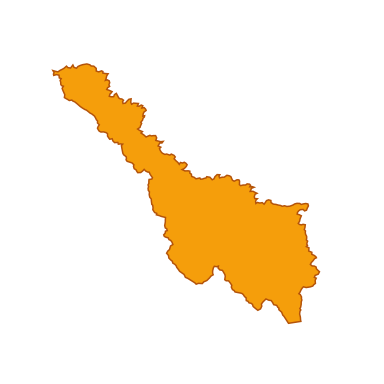 Bocaiúva do Sul, Paraná, Brazil (Equal Earth projection), rotated 258°
{"feature_id": "56859067B26330855043350", "entity_name": "Bocaiúva do Sul", "entity_type": "district", "adm_level": 2, "iso_a3": "BRA", "parent_name": "Brazil", "parent_adm1": "Paraná", "projection": "equal_earth", "projection_center": [-48.883, -25.099], "detail": "fine", "context": "isolated", "style": "filled", "palette": "amber", "viewbox_px": 384, "rotation_deg": 258, "n_neighbors": 0, "source": "geoboundaries", "source_scale": "gbopen_adm2", "svg_char_len": 5807}
<svg xmlns="http://www.w3.org/2000/svg" viewBox="0 0 384 384"><g transform="rotate(258 192 192)"><path d="M339.7,81.2L337.4,81.9L336.2,81.0L334.8,81.0L335.0,83.8L333.9,86.2L331.2,85.9L330.1,87.6L328.6,86.2L326.4,86.4L324.8,86.0L323.2,86.5L322.2,88.2L320.4,86.5L317.9,86.9L313.6,87.8L310.9,86.8L309.5,88.3L308.2,89.8L307.0,91.0L306.9,93.6L305.7,94.4L304.6,96.0L302.3,97.9L300.3,99.4L298.8,100.5L296.9,102.3L295.0,104.3L294.0,105.8L292.2,107.3L290.4,108.7L289.1,110.3L286.5,112.4L284.3,113.1L282.5,113.5L281.2,114.4L279.2,113.9L277.0,115.3L275.7,113.9L274.1,112.8L272.5,113.2L270.8,113.9L269.6,115.4L269.2,118.0L267.9,120.4L266.6,121.5L264.3,121.0L262.2,121.8L260.7,122.5L260.7,125.0L258.5,125.2L256.4,126.5L255.9,129.8L254.1,129.9L253.9,132.1L253.2,134.1L252.1,132.6L249.3,132.5L244.3,132.4L242.6,132.9L241.2,134.1L240.1,135.0L238.4,134.8L237.2,134.2L235.5,134.9L234.3,137.0L232.9,139.4L230.7,140.8L229.3,140.1L226.8,140.3L225.3,141.9L224.0,142.2L222.2,142.9L221.7,145.9L222.8,148.1L224.1,149.9L222.2,151.0L220.8,152.7L220.2,154.3L218.0,154.7L216.1,155.5L214.2,156.3L213.0,155.4L213.2,152.6L211.8,152.1L209.5,151.6L208.1,150.5L206.2,150.6L204.7,149.8L202.6,149.6L201.1,150.4L198.3,149.6L195.7,149.6L193.6,150.7L191.8,150.4L188.3,150.1L187.2,150.8L184.7,150.6L182.8,150.0L179.7,151.2L178.4,153.1L177.1,152.4L175.6,155.3L174.6,156.7L172.6,160.8L170.2,160.1L168.3,159.7L164.8,158.3L162.4,158.4L161.4,159.6L159.4,159.8L159.2,157.9L157.3,157.2L156.0,155.4L154.3,155.7L153.1,157.2L152.2,159.1L150.2,159.6L149.1,161.1L147.1,162.0L144.6,162.4L143.7,159.8L140.4,158.0L139.3,156.1L137.4,154.4L134.8,155.8L132.3,155.6L130.0,157.0L128.3,158.4L126.5,158.4L124.9,160.1L123.4,161.1L121.5,161.4L119.2,162.5L117.0,163.4L114.5,165.7L113.0,167.1L109.9,167.8L108.4,169.9L102.7,175.8L101.0,176.9L101.3,179.4L100.3,183.0L101.7,184.9L102.3,188.1L104.2,191.1L105.9,193.2L106.6,195.5L108.3,195.3L110.6,195.8L113.3,197.1L114.7,198.4L113.8,200.6L114.0,202.4L112.3,201.7L110.0,203.0L109.0,205.5L104.4,207.0L102.6,207.0L99.4,205.8L98.1,206.9L97.5,209.3L95.1,210.5L92.5,211.5L90.8,210.7L88.1,211.3L86.9,212.7L85.3,213.3L84.3,215.5L83.0,218.6L82.1,220.1L80.8,220.9L78.7,221.7L77.3,222.9L74.5,222.5L73.4,224.1L71.7,224.7L70.9,226.6L69.5,227.8L67.3,228.0L64.5,230.2L62.6,231.8L63.4,234.7L65.8,236.5L68.0,236.6L69.8,238.7L72.0,242.1L70.2,244.6L69.3,247.0L67.0,247.9L64.8,248.5L63.5,251.3L61.5,251.9L60.3,252.8L58.8,252.5L55.8,254.7L52.7,255.2L51.3,256.1L43.5,259.1L42.8,271.6L44.2,271.6L47.2,272.0L50.3,271.9L52.9,272.8L54.0,273.9L55.5,273.2L56.7,274.3L59.3,275.4L61.8,276.0L63.5,277.0L65.0,276.9L66.6,277.3L69.1,276.6L70.3,275.4L71.4,276.7L73.3,278.1L75.0,279.7L76.1,281.3L74.8,283.8L74.6,288.1L74.9,290.6L76.1,291.9L76.9,293.7L80.0,294.1L81.9,295.6L83.0,293.9L84.8,295.1L85.4,298.4L87.5,300.1L89.6,298.6L91.1,297.7L92.8,297.8L94.1,296.3L94.7,294.1L96.6,292.7L98.3,294.2L99.6,296.1L101.3,298.0L101.8,300.0L103.0,299.7L104.6,298.3L106.2,296.2L108.1,296.7L110.0,293.9L111.3,294.3L113.1,294.8L114.8,292.5L115.8,293.9L117.1,293.4L118.5,294.0L119.9,294.9L121.3,293.9L123.1,294.6L124.8,294.9L127.1,294.3L128.9,294.4L130.3,294.9L131.8,294.0L133.8,295.1L136.4,296.0L137.3,293.9L137.1,292.1L137.9,290.4L139.2,289.4L141.1,291.2L143.0,292.0L144.4,292.9L146.0,294.0L147.7,291.9L148.4,290.3L150.1,290.9L151.4,292.5L152.2,294.3L151.8,297.1L150.1,298.2L150.4,300.2L152.4,301.5L154.2,303.0L156.2,302.9L157.1,300.9L157.2,298.4L157.1,296.2L158.4,295.0L159.1,292.3L159.0,290.1L158.2,287.7L157.8,284.8L158.1,281.8L159.3,279.7L159.3,277.2L160.4,275.9L161.3,273.6L162.4,271.6L163.2,269.1L165.2,267.1L167.3,267.4L168.4,265.3L168.1,263.1L166.4,261.4L165.1,260.0L167.0,258.5L167.1,256.0L168.2,253.8L167.5,252.1L169.4,252.2L170.8,252.9L171.8,254.5L172.6,252.0L174.3,251.9L176.7,253.2L177.2,255.3L178.2,254.0L180.0,251.8L180.5,249.0L181.9,250.1L183.2,250.8L183.7,253.7L184.6,252.3L185.1,249.6L186.3,250.7L187.7,249.9L188.5,247.6L187.7,245.9L188.2,243.4L188.1,240.9L189.3,239.9L192.8,240.8L194.1,240.4L194.6,238.6L193.8,235.5L195.1,234.0L199.0,233.2L200.2,231.7L201.1,229.6L199.8,226.6L200.2,224.4L200.1,221.9L201.9,221.7L203.1,222.8L203.8,220.2L202.2,217.6L200.3,216.2L199.8,214.3L202.7,212.6L203.9,209.6L202.8,208.6L202.8,206.7L202.5,204.8L202.8,203.0L204.1,202.6L204.1,198.6L205.9,197.2L207.3,194.9L209.6,195.1L211.0,193.8L212.8,194.2L213.5,192.7L214.1,189.4L216.0,187.0L216.6,189.3L217.5,190.8L218.5,192.0L219.7,192.9L221.4,192.0L222.7,190.6L222.3,188.8L223.3,186.8L221.7,185.3L223.9,184.3L225.6,183.0L228.2,181.4L229.8,182.9L231.6,182.0L233.4,179.6L232.7,178.0L234.4,175.1L234.4,173.3L236.1,171.1L237.5,170.2L239.5,169.5L241.2,169.2L242.3,170.8L244.1,168.4L246.6,170.6L246.2,172.8L247.5,174.3L247.7,171.9L248.5,170.2L250.0,167.3L252.3,168.7L254.7,168.1L255.2,165.8L255.3,163.9L256.2,162.6L255.4,158.5L257.8,156.8L260.3,154.4L261.4,156.1L263.1,153.6L264.9,151.9L266.0,154.6L267.3,155.3L269.6,157.0L270.8,156.4L272.7,158.7L274.3,159.4L275.3,161.0L276.5,161.5L276.5,159.7L278.8,160.6L280.2,161.7L281.3,164.1L282.6,163.9L284.5,162.7L284.6,160.4L286.6,161.8L287.6,160.4L286.9,158.1L287.4,156.4L289.7,158.0L291.1,153.3L290.4,151.2L292.4,150.7L295.8,151.8L295.8,149.5L294.0,146.8L292.8,145.4L292.9,142.9L294.8,142.9L296.0,144.1L297.6,142.7L298.1,141.0L299.3,139.9L304.2,138.5L303.4,136.4L301.5,135.2L301.9,132.8L302.8,131.0L304.9,132.1L305.7,133.5L306.8,134.7L308.7,132.1L310.0,129.9L311.6,131.2L312.4,133.4L314.1,133.0L316.0,134.2L318.0,134.1L319.4,132.3L319.2,130.5L320.9,131.6L323.3,132.7L325.1,134.5L325.9,131.8L326.9,129.5L328.4,129.9L329.3,128.7L328.9,125.7L330.2,123.5L332.9,124.0L335.5,122.1L336.2,119.6L337.7,118.5L339.1,115.8L339.3,111.6L339.0,108.8L338.5,106.6L337.1,104.7L338.4,102.5L341.0,101.9L338.5,99.0L339.5,96.4L341.2,95.4L339.6,92.5L339.0,90.6L338.5,88.5L337.4,85.8L338.5,83.4L339.7,81.2Z" fill="#f59e0b" stroke="#b45309" stroke-width="1.5"/></g></svg>